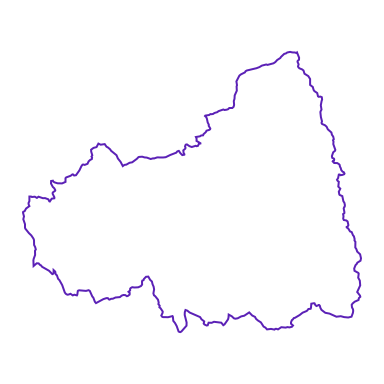 Sanchez Carrion, La Libertad, Peru
{"feature_id": "86281439B60476418673944", "entity_name": "Sanchez Carrion", "entity_type": "district", "adm_level": 2, "iso_a3": "PER", "parent_name": "Peru", "parent_adm1": "La Libertad", "projection": "orthographic", "projection_center": [-77.93, -7.745], "detail": "fine", "context": "isolated", "style": "outline", "palette": "violet", "viewbox_px": 384, "rotation_deg": 0, "n_neighbors": 0, "source": "geoboundaries", "source_scale": "gbopen_adm2", "svg_char_len": 5960}
<svg xmlns="http://www.w3.org/2000/svg" viewBox="0 0 384 384"><path d="M297.0,52.4L296.3,53.0L294.9,52.5L292.3,52.4L290.1,51.9L287.2,52.5L286.0,53.4L284.2,53.9L281.0,56.9L280.3,58.0L277.2,60.0L275.3,62.1L273.5,63.3L267.5,64.9L266.2,64.5L261.9,65.6L259.4,67.1L256.5,68.2L246.8,70.5L245.6,71.2L244.9,72.4L240.9,74.4L239.4,75.6L236.4,81.4L237.0,85.2L236.6,86.4L236.8,90.7L234.7,95.4L234.5,98.8L233.8,101.1L234.1,104.9L233.6,106.8L232.3,108.0L229.3,108.0L228.1,109.2L226.6,109.7L224.5,110.0L223.3,109.5L218.4,111.2L217.4,112.1L214.4,113.0L213.2,113.9L211.7,114.2L210.4,114.1L209.1,115.0L205.3,115.6L205.0,116.0L206.2,117.1L206.9,118.7L207.7,122.5L208.8,124.6L208.7,125.8L210.3,128.5L210.1,129.3L209.2,129.9L206.5,130.7L205.8,132.1L203.5,134.2L203.1,135.3L201.1,135.5L200.0,136.3L195.9,137.0L196.6,138.7L196.5,140.9L200.4,143.2L200.4,143.5L198.8,143.9L198.0,145.8L196.7,146.2L195.7,145.8L191.8,147.0L189.5,146.2L186.9,144.4L185.7,144.7L185.0,146.4L185.5,147.8L185.3,148.6L183.3,150.4L183.6,153.0L184.4,154.2L184.3,154.7L182.3,155.1L180.3,153.1L178.9,150.9L178.6,150.9L177.3,151.4L176.2,152.7L170.2,155.0L165.7,157.2L162.8,157.5L157.2,157.4L153.9,158.5L153.2,158.3L150.7,159.0L146.8,157.6L144.5,157.4L142.2,156.7L139.3,156.9L138.5,157.1L136.9,158.8L132.2,162.3L129.5,162.8L126.4,164.6L124.4,164.9L122.8,166.1L120.6,161.9L117.9,158.5L116.5,155.2L111.0,150.7L110.2,149.4L108.0,147.5L106.5,146.7L104.7,144.1L100.7,144.7L98.4,143.6L96.5,147.1L93.5,147.9L91.1,149.7L91.2,151.6L92.3,155.3L91.5,156.6L92.1,157.6L91.8,159.1L90.2,159.9L88.6,161.4L87.5,163.8L84.7,164.9L83.2,164.5L82.5,164.7L81.4,166.2L79.4,170.4L76.0,175.2L74.1,175.5L73.0,174.4L72.4,174.4L70.6,175.8L66.2,177.4L65.5,178.2L65.5,181.9L62.1,183.4L57.6,183.3L54.6,182.4L53.3,181.6L52.9,180.7L51.1,181.0L51.0,183.5L52.8,186.9L54.3,188.3L55.3,190.2L55.1,190.8L53.0,192.3L52.6,193.0L52.7,193.9L54.4,197.3L54.3,198.3L51.7,198.7L49.8,201.5L49.3,201.3L48.3,199.3L45.0,198.1L42.9,198.2L38.5,196.7L36.9,197.9L34.8,196.7L31.9,197.0L31.0,196.5L29.4,196.5L29.4,201.1L28.5,203.1L28.7,204.6L29.4,206.1L26.1,208.5L24.6,211.2L23.2,211.8L23.0,212.7L24.0,216.4L23.3,219.2L25.0,224.2L25.0,227.6L25.3,228.6L28.9,233.1L31.3,235.4L33.5,238.7L34.0,240.1L34.1,245.0L35.1,246.9L35.8,249.4L35.0,250.8L35.1,255.0L33.7,258.8L33.4,260.3L33.6,266.0L36.7,263.3L38.6,263.4L40.0,264.9L40.9,265.3L42.1,266.8L49.1,270.8L52.3,274.1L52.7,274.1L53.6,273.1L53.6,270.1L55.2,271.6L55.7,274.3L56.9,275.3L58.1,278.8L59.4,280.1L62.2,285.1L64.8,292.5L65.8,293.8L66.7,294.4L67.6,294.7L68.7,294.5L70.5,293.8L72.8,295.4L74.3,294.7L76.9,295.4L77.3,294.7L77.8,291.0L78.2,290.6L79.2,290.3L86.0,290.9L88.6,290.2L89.8,290.9L92.3,296.5L93.3,297.6L94.9,301.8L96.0,303.1L103.4,299.1L106.5,298.1L107.8,298.1L108.9,299.4L109.6,299.6L111.1,298.8L112.9,298.7L115.5,297.5L119.9,297.1L121.7,295.6L123.4,295.0L125.3,295.1L126.9,296.2L127.9,295.9L129.6,294.6L129.7,292.9L128.5,291.8L130.1,290.5L130.1,288.9L130.6,288.1L132.2,287.2L134.4,287.5L138.2,287.3L140.9,286.1L142.1,284.6L142.0,281.6L142.3,280.6L143.5,280.2L143.9,279.0L146.0,276.8L148.3,276.6L150.1,279.8L151.9,281.5L152.6,284.4L153.6,286.6L154.1,289.4L153.4,293.4L154.0,295.3L155.2,296.2L158.0,299.7L158.7,302.6L158.4,304.1L159.7,305.7L159.4,307.3L160.5,308.2L162.7,311.5L162.6,312.8L161.3,315.6L162.3,316.9L163.1,317.1L168.1,317.2L172.5,316.1L172.9,316.9L173.3,320.9L175.0,323.0L176.7,326.1L178.6,331.5L179.6,332.0L180.3,332.1L181.4,331.5L186.5,325.7L186.6,322.5L184.7,314.9L184.8,312.2L185.5,310.0L187.4,310.7L189.6,312.5L200.1,317.1L201.5,319.3L204.2,321.4L203.7,323.6L204.5,324.5L206.6,325.5L207.7,325.3L208.6,322.7L211.7,322.8L214.0,321.8L221.3,322.7L223.3,325.2L224.5,324.4L228.0,319.4L228.5,317.6L228.7,314.6L231.8,316.3L233.9,318.3L235.3,318.7L237.7,318.3L241.2,316.4L244.3,315.7L249.2,312.4L252.2,315.5L255.0,316.9L256.0,318.8L257.8,320.4L260.9,322.4L263.6,326.6L265.4,327.6L267.0,329.4L271.0,328.9L274.5,329.6L275.3,328.9L276.7,328.9L278.0,329.4L281.3,327.2L285.6,327.6L287.5,327.1L289.5,327.4L291.9,326.8L293.0,325.5L291.0,323.7L291.0,322.3L291.9,320.1L292.7,319.6L293.8,318.1L295.0,317.8L299.7,315.0L302.6,312.7L306.2,311.2L307.2,310.6L308.4,309.0L310.6,308.8L311.0,307.7L311.3,303.7L314.1,303.2L314.6,303.4L315.1,304.7L316.4,306.0L317.9,305.5L318.5,305.0L319.1,305.0L319.8,305.7L320.4,307.9L321.5,309.9L325.3,312.8L329.5,313.6L336.4,316.7L340.8,316.2L344.1,317.1L348.2,317.5L351.5,316.7L352.9,312.9L353.2,310.9L353.0,309.3L352.0,307.4L351.7,304.8L352.6,303.5L354.7,301.7L358.5,300.0L358.9,298.1L360.3,296.8L360.0,295.6L357.2,292.0L360.2,285.4L359.8,280.6L358.2,277.7L358.7,273.7L358.3,272.9L354.5,270.8L354.2,268.5L355.5,265.2L356.9,263.7L357.3,262.7L360.5,260.7L361.0,258.3L360.1,254.3L357.2,251.6L356.4,249.2L355.3,247.5L355.4,241.8L354.5,240.5L354.6,239.0L353.9,236.3L353.0,235.3L351.7,232.1L350.0,231.4L348.3,228.6L346.7,227.4L346.7,226.9L347.6,226.6L348.4,225.1L347.6,221.5L346.4,220.5L343.8,220.0L343.2,218.7L343.5,216.2L343.1,214.1L344.3,213.2L344.4,212.2L343.7,208.4L344.2,207.1L344.7,206.7L344.9,205.1L344.4,202.8L343.4,201.3L342.3,196.1L339.6,194.9L339.3,194.4L338.8,191.7L340.3,188.7L338.3,186.6L338.8,181.8L337.6,180.8L337.0,179.8L338.1,178.1L338.8,174.6L339.7,174.5L340.5,175.2L342.4,174.9L344.2,174.2L344.5,173.5L343.8,172.2L342.6,171.7L341.3,170.1L340.7,168.0L339.9,166.5L339.7,165.0L338.9,164.1L337.3,163.1L334.2,163.0L332.7,161.4L333.0,160.9L334.0,160.6L334.2,159.2L333.9,158.6L332.2,157.8L331.9,156.1L333.2,152.3L335.1,150.7L335.3,149.8L333.3,144.1L333.5,141.7L333.0,140.2L333.8,139.2L333.2,136.6L331.9,134.7L331.4,132.5L327.8,129.3L326.6,126.7L324.9,125.2L322.1,124.0L321.5,122.9L322.0,121.3L320.9,117.1L320.4,112.4L320.5,111.5L321.5,109.6L320.8,105.3L321.6,101.0L322.1,99.6L321.8,97.2L320.5,96.6L318.7,96.8L318.0,96.3L317.2,93.0L314.4,91.1L313.6,89.9L312.8,87.0L310.1,84.9L310.1,79.0L308.3,76.1L304.5,73.7L303.5,70.5L302.1,69.4L299.4,68.3L298.4,67.3L298.0,66.4L298.6,64.3L297.5,61.8L297.7,60.9L299.0,59.7L299.1,57.7L297.0,52.4Z" fill="none" stroke="#5b21b6" stroke-width="2"/></svg>